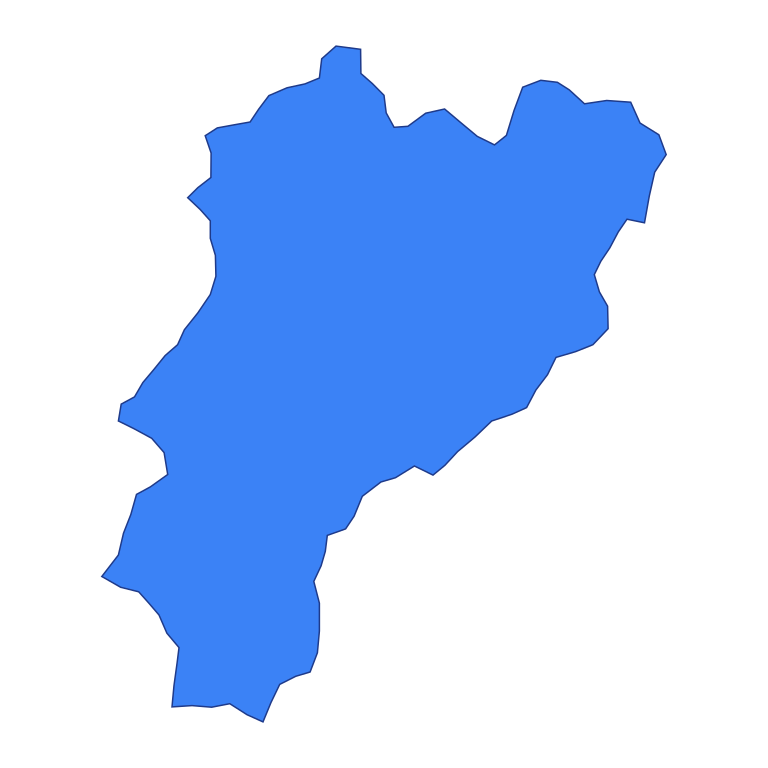 Guarará, Minas Gerais, Brazil
{"feature_id": "56859067B45812965390443", "entity_name": "Guarará", "entity_type": "district", "adm_level": 2, "iso_a3": "BRA", "parent_name": "Brazil", "parent_adm1": "Minas Gerais", "projection": "robinson", "projection_center": [-43.024, -21.763], "detail": "fine", "context": "isolated", "style": "filled", "palette": "blue", "viewbox_px": 768, "rotation_deg": 0, "n_neighbors": 0, "source": "geoboundaries", "source_scale": "gbopen_adm2", "svg_char_len": 1546}
<svg xmlns="http://www.w3.org/2000/svg" viewBox="0 0 768 768"><path d="M101.8,576.5L120.7,587.3L138.7,591.8L148.9,603.2L159.0,615.0L166.9,633.2L179.0,647.6L177.1,662.9L174.0,685.4L172.0,706.9L192.0,705.6L211.7,707.2L229.8,703.7L247.0,714.7L263.0,721.9L270.9,702.7L279.7,684.4L295.7,676.3L310.1,672.0L317.4,652.8L319.4,631.0L319.4,603.2L313.8,581.4L321.1,565.8L325.3,551.4L327.3,535.4L345.6,528.9L354.1,516.2L362.3,496.3L380.9,482.0L395.5,477.7L414.4,466.0L433.0,475.1L444.9,465.3L457.6,451.6L475.0,437.0L491.7,421.0L512.0,414.2L526.6,407.6L535.9,390.0L547.5,374.7L556.0,357.4L575.7,351.6L592.9,344.7L608.1,328.7L607.6,306.2L599.4,291.9L594.3,274.6L600.8,261.3L609.8,247.9L618.3,231.9L627.0,219.2L644.5,222.8L649.3,196.0L654.7,172.2L666.2,154.6L658.9,134.8L640.0,123.0L630.7,102.2L606.7,100.5L584.5,103.8L569.2,89.8L557.4,82.3L540.8,80.3L522.7,87.2L514.0,110.6L506.4,135.4L494.5,144.9L477.3,136.4L459.3,121.4L444.6,109.0L425.7,113.2L407.9,126.3L394.1,127.3L386.2,112.9L384.0,95.3L372.4,83.6L360.9,73.5L360.6,49.3L336.0,46.1L321.7,58.8L319.4,78.0L305.0,83.9L287.0,87.8L268.9,95.6L258.8,109.0L250.1,122.0L234.8,124.7L217.3,127.9L205.2,135.7L211.1,153.0L210.9,177.5L197.9,187.6L187.7,197.7L200.1,209.4L210.3,220.8L210.3,238.4L215.4,255.4L215.9,276.3L210.3,294.5L197.9,312.8L184.4,329.7L177.6,344.7L165.2,355.5L153.6,369.8L142.9,382.5L134.5,396.9L121.2,404.1L118.4,421.0L133.6,428.5L151.7,438.3L164.1,452.6L167.7,474.5L150.3,486.9L136.5,494.4L130.8,514.6L123.5,533.2L118.4,555.0L101.8,576.5Z" fill="#3b82f6" stroke="#1e3a8a" stroke-width="1.5"/></svg>